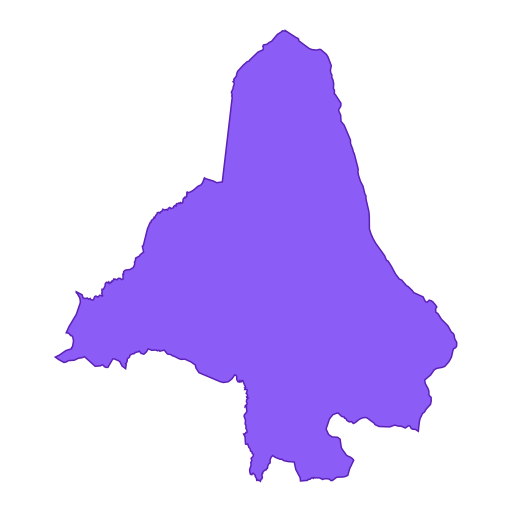 outline of Nabdam, Upper East, Ghana
{"feature_id": "2480657B74414618551217", "entity_name": "Nabdam", "entity_type": "district", "adm_level": 2, "iso_a3": "GHA", "parent_name": "Ghana", "parent_adm1": "Upper East", "projection": "natural_earth1", "projection_center": [-0.664, 10.847], "detail": "fine", "context": "isolated", "style": "filled", "palette": "violet", "viewbox_px": 512, "rotation_deg": 0, "n_neighbors": 0, "source": "geoboundaries", "source_scale": "gbopen_adm2", "svg_char_len": 6023}
<svg xmlns="http://www.w3.org/2000/svg" viewBox="0 0 512 512"><path d="M115.1,279.1L114.7,279.4L113.9,278.9L112.7,281.1L111.9,281.0L111.5,282.3L110.3,282.3L109.8,283.4L108.7,281.9L108.0,283.0L106.9,282.2L106.2,282.4L105.2,283.9L105.1,285.9L103.7,288.7L103.1,289.3L102.0,289.2L101.9,291.0L102.3,291.7L101.7,293.3L102.5,295.3L102.4,296.0L99.8,295.2L97.9,297.1L95.9,296.0L95.3,296.3L94.6,296.8L93.5,299.7L92.7,300.0L90.9,299.6L90.1,298.4L88.7,299.2L87.2,298.0L85.7,298.5L83.6,298.1L83.0,297.7L82.1,294.8L76.2,291.7L76.2,292.5L77.5,293.9L79.7,297.8L80.2,300.0L80.3,302.7L76.3,314.4L69.0,326.6L66.2,332.8L68.7,333.2L70.7,335.6L71.5,335.5L72.8,337.0L73.5,341.1L72.5,346.7L71.6,347.5L71.6,348.7L65.8,350.6L59.5,355.0L55.3,357.1L58.6,359.5L64.0,362.5L66.4,361.9L68.2,360.7L74.3,360.2L78.5,358.2L81.8,357.8L84.5,356.7L95.2,366.3L100.6,365.8L101.5,365.1L102.6,365.0L103.8,365.6L104.2,366.6L106.1,367.4L107.9,367.4L112.8,358.9L114.2,358.9L118.7,360.8L119.9,361.8L122.1,366.0L125.6,368.7L126.2,364.6L125.5,363.5L126.5,363.0L127.3,360.6L127.1,359.5L127.8,358.3L128.5,358.1L129.7,356.7L129.8,355.5L130.4,354.9L132.7,353.7L133.9,353.8L135.6,352.4L138.2,351.8L139.2,351.1L141.1,353.4L143.9,354.2L146.5,351.8L148.2,348.8L151.7,350.3L156.2,350.0L157.3,350.8L158.9,350.3L159.8,351.2L164.2,350.1L167.4,354.0L170.9,354.6L172.3,355.7L174.5,356.4L179.0,358.7L181.2,359.4L184.7,359.1L190.8,361.8L195.3,365.0L196.0,368.1L199.0,372.7L220.0,381.6L223.5,382.5L228.4,381.7L231.9,378.9L234.7,374.9L236.1,375.4L236.6,376.3L236.8,379.7L238.0,381.8L239.0,381.9L239.6,380.6L240.1,380.8L240.1,382.0L241.6,381.7L242.1,380.4L243.0,380.9L244.7,385.5L245.2,386.1L245.5,387.5L244.7,387.8L245.3,388.7L244.8,389.5L247.1,389.6L247.4,390.2L246.2,393.5L247.2,394.2L247.6,395.9L247.5,396.4L246.6,396.8L246.8,397.6L248.2,398.1L246.6,399.9L246.4,401.5L247.3,404.0L245.3,405.7L245.1,406.8L246.3,406.1L246.6,406.8L246.3,408.0L246.9,410.2L246.6,412.1L244.3,414.9L244.1,416.3L245.5,420.2L245.1,424.0L246.0,425.3L245.9,428.6L246.7,429.5L247.1,431.9L246.7,432.5L245.8,432.5L245.3,433.7L243.6,434.0L245.0,436.8L245.5,444.0L246.1,444.3L247.7,444.0L248.8,447.3L250.0,448.6L250.6,451.1L252.1,452.0L252.2,453.5L253.5,454.5L253.0,456.5L251.1,458.3L251.8,460.6L250.8,462.6L251.1,465.1L249.6,469.7L249.8,472.0L250.5,474.3L251.8,474.7L252.5,473.4L253.1,473.2L255.2,475.3L255.3,476.6L256.4,478.2L256.7,480.2L257.4,479.8L258.0,480.5L258.9,480.2L260.4,481.3L261.0,479.4L262.0,478.7L262.4,477.2L261.9,475.3L262.2,473.7L262.7,473.5L262.5,472.6L264.6,470.3L266.1,469.9L266.6,468.8L267.4,468.4L267.9,465.5L268.9,463.6L269.8,463.3L270.1,462.7L270.2,459.5L271.1,457.3L272.7,455.6L275.2,457.3L279.9,459.2L281.9,459.3L283.7,460.6L288.3,461.6L294.2,462.0L295.8,469.5L300.1,477.6L300.5,481.0L307.4,480.4L308.6,479.2L310.0,479.3L311.9,477.7L313.4,478.4L314.0,477.5L315.3,477.9L319.3,477.8L322.7,479.5L323.4,479.0L326.4,478.7L329.3,479.1L331.0,480.6L332.4,480.5L336.8,477.2L343.1,477.0L345.3,476.5L347.8,475.4L349.6,468.8L353.7,460.3L352.3,458.5L350.3,457.1L347.2,455.8L346.3,455.0L342.1,449.1L341.3,447.5L340.1,439.2L337.6,437.3L332.0,436.9L328.6,434.5L326.1,429.0L329.4,419.1L332.7,414.8L336.0,413.4L338.1,413.0L341.6,416.4L344.3,417.1L344.5,418.1L346.1,418.8L346.8,420.3L349.2,421.9L351.6,421.6L353.3,423.5L355.1,422.7L359.3,419.3L362.6,417.8L365.5,417.5L366.9,417.8L374.2,423.2L375.1,424.7L379.1,426.5L389.7,426.9L394.7,425.1L398.3,426.1L401.2,426.2L405.3,428.0L408.4,425.8L409.9,426.0L411.2,428.4L412.5,429.2L415.4,429.4L418.3,431.3L419.4,421.5L420.1,418.6L422.5,413.5L424.5,412.0L426.2,409.1L430.5,404.4L431.2,401.1L431.1,397.3L429.9,396.3L428.9,394.6L428.9,391.2L427.9,388.4L425.2,383.4L424.7,380.0L430.7,374.9L434.3,369.7L436.9,368.3L442.1,367.4L444.8,366.4L448.7,362.0L450.2,359.5L451.5,356.9L453.0,350.2L453.8,348.5L455.5,347.8L456.6,346.3L456.7,342.3L454.8,339.0L454.0,334.8L453.0,333.2L451.3,332.0L447.9,325.8L441.3,319.1L438.0,313.7L435.7,312.0L435.7,308.5L436.8,307.0L435.8,305.4L432.8,301.8L431.1,300.7L429.2,300.2L427.2,302.1L426.3,302.2L425.1,301.0L423.1,296.9L413.7,292.6L412.3,290.6L408.3,286.7L406.4,285.6L401.7,280.1L399.3,279.0L395.5,274.0L391.6,266.7L388.2,261.2L386.4,260.2L384.6,255.7L375.7,243.3L372.9,238.3L370.8,233.4L369.4,228.8L369.3,215.9L368.8,211.2L366.0,199.1L365.9,195.6L364.9,194.1L363.0,186.2L360.5,181.4L358.5,175.3L357.9,171.6L358.2,169.4L357.9,167.8L354.2,153.5L353.2,151.7L352.8,149.4L350.6,143.7L350.4,139.9L344.2,125.2L341.0,121.3L340.7,115.2L338.8,111.0L338.7,109.7L340.9,105.9L340.9,103.2L335.2,94.4L334.4,94.0L334.4,90.1L333.4,88.5L333.7,83.7L333.0,80.1L331.8,77.4L331.9,74.9L330.9,73.3L330.4,70.3L331.3,65.7L328.0,57.0L326.4,54.4L320.7,49.5L319.1,49.4L316.5,50.1L312.1,49.6L309.3,48.6L298.9,40.9L298.6,39.1L297.8,38.3L295.8,37.4L285.5,30.7L285.6,31.2L282.3,30.8L281.5,31.8L277.4,34.4L271.6,41.3L269.1,42.5L267.1,44.2L263.5,44.9L262.8,46.4L263.4,47.9L263.0,49.8L258.0,52.1L249.8,59.9L249.3,60.9L247.0,61.8L243.3,65.1L237.9,71.0L237.1,72.5L236.2,76.4L233.8,79.2L234.2,80.6L233.0,81.6L234.2,82.8L234.1,84.7L233.3,86.4L233.0,88.7L231.4,92.2L232.2,94.9L231.7,95.9L232.2,97.4L222.3,181.9L216.7,182.7L213.4,181.0L206.0,178.8L204.4,177.9L202.7,182.5L201.1,184.8L198.1,186.2L193.0,190.5L190.3,192.0L188.3,192.6L187.2,192.0L186.7,193.0L187.1,194.3L186.5,195.1L186.8,196.3L186.0,197.2L184.9,197.1L184.9,198.1L183.6,198.2L183.2,199.0L182.8,202.5L181.2,203.3L180.5,202.6L179.9,203.5L179.0,202.9L177.9,203.7L176.9,203.6L176.4,204.0L176.0,206.0L175.1,205.4L173.6,206.5L173.5,207.4L172.5,208.2L170.8,208.5L169.8,207.4L168.4,208.3L167.5,210.0L166.4,209.4L164.6,210.0L162.9,209.2L161.8,211.3L160.6,211.8L159.8,213.1L158.8,212.3L157.3,212.7L156.9,214.3L156.0,215.0L154.7,217.8L154.1,217.3L153.4,218.9L151.3,220.5L151.2,222.0L150.2,222.4L147.4,229.0L143.3,245.6L142.3,246.2L143.6,252.0L140.3,254.6L139.3,256.1L135.6,258.1L135.4,260.6L134.5,261.9L134.7,264.2L133.4,267.4L130.1,269.5L125.8,270.0L124.4,270.8L123.6,271.8L123.6,274.1L122.9,274.2L123.1,278.9L121.6,279.6L120.4,278.4L118.4,278.3L117.0,279.8L115.1,279.1Z" fill="#8b5cf6" stroke="#5b21b6" stroke-width="1.5"/></svg>